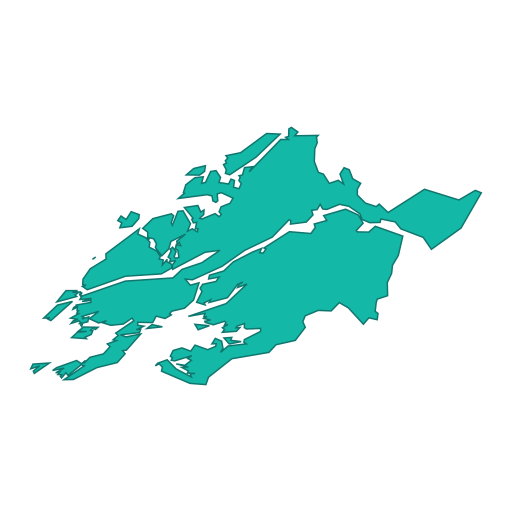 Nærøy nor, Nord-Trøndelag, Norway
{"feature_id": "86288312B32212303283583", "entity_name": "Nærøy nor", "entity_type": "district", "adm_level": 2, "iso_a3": "NOR", "parent_name": "Norway", "parent_adm1": "Nord-Trøndelag", "projection": "mercator", "projection_center": [11.614, 64.899], "detail": "fine", "context": "isolated", "style": "filled", "palette": "teal", "viewbox_px": 512, "rotation_deg": 0, "n_neighbors": 0, "source": "geoboundaries", "source_scale": "gbopen_adm2", "svg_char_len": 6026}
<svg xmlns="http://www.w3.org/2000/svg" viewBox="0 0 512 512"><path d="M365.4,203.1L357.3,195.0L357.4,189.0L360.7,183.3L352.7,178.7L349.2,169.7L344.1,167.7L340.0,174.0L343.6,184.1L338.3,180.3L329.3,183.4L323.4,174.1L318.4,172.4L314.3,161.5L314.8,148.8L317.2,142.7L316.5,137.0L318.1,135.4L294.7,135.8L297.9,132.0L291.4,127.4L288.9,128.9L288.6,136.5L285.6,137.3L288.3,139.5L280.7,139.5L249.2,171.9L252.5,166.7L244.5,167.6L242.5,174.9L239.0,175.7L240.2,177.1L238.9,180.5L241.3,183.6L239.0,188.7L233.5,187.2L234.5,180.5L231.0,179.1L228.6,184.0L219.0,182.5L220.5,177.3L216.0,170.6L210.6,171.5L205.5,182.4L201.6,183.4L203.3,176.8L194.9,177.7L185.8,184.8L183.4,192.6L184.5,193.2L178.3,198.5L207.2,194.7L212.0,195.9L212.9,200.9L215.9,202.4L217.8,200.8L217.2,193.9L221.4,192.7L233.0,198.1L230.0,203.3L221.1,206.8L219.1,211.8L221.3,214.4L219.2,216.7L215.1,213.6L201.9,219.0L199.7,218.3L203.7,214.6L204.0,210.0L200.7,212.0L197.9,205.5L184.4,207.5L193.2,218.4L191.7,219.3L193.4,222.9L196.7,222.3L195.3,228.9L198.0,228.8L197.3,231.8L192.3,228.8L187.5,231.2L190.5,223.7L183.0,210.8L178.0,211.3L172.4,225.2L171.2,222.7L173.7,215.8L171.4,213.8L152.9,218.6L142.7,228.4L147.7,232.1L147.7,237.4L153.7,238.8L156.4,243.8L155.4,247.6L161.8,255.8L168.7,249.0L170.9,241.4L185.5,234.2L176.8,241.1L177.2,244.6L179.3,242.3L180.7,245.7L176.3,244.6L175.4,248.4L177.9,250.7L178.9,257.3L175.2,258.4L174.2,256.5L176.1,251.6L172.6,247.2L170.2,249.2L171.1,251.2L168.1,257.1L170.8,259.1L169.3,262.1L174.9,260.6L175.4,261.2L172.3,264.9L172.7,269.3L205.0,252.3L220.0,250.3L201.9,262.7L182.0,269.4L173.0,277.9L125.3,281.1L82.1,296.0L80.6,295.6L81.8,293.0L80.5,292.2L79.7,294.6L81.3,297.2L79.9,299.5L91.6,298.4L82.0,301.5L90.9,300.4L90.9,302.4L75.5,305.2L77.1,305.5L73.7,307.5L72.9,309.3L77.4,307.2L77.0,310.7L78.4,310.8L76.8,313.1L78.8,313.6L70.6,318.1L78.0,319.4L73.4,320.7L71.1,323.4L79.1,320.9L81.3,323.2L80.2,323.0L78.7,323.7L82.0,323.7L80.8,325.2L81.7,326.6L82.6,323.1L87.8,321.8L88.8,316.9L82.1,319.0L83.7,317.4L82.1,316.4L98.8,311.3L89.4,318.7L98.6,323.0L106.6,320.7L103.0,322.9L110.8,325.3L123.2,324.1L132.1,318.1L133.8,320.8L115.7,333.1L118.3,335.5L113.0,339.8L116.4,340.6L107.3,343.9L110.1,346.6L103.4,353.9L90.0,357.3L83.6,363.6L85.5,360.4L81.5,363.7L76.6,360.5L56.5,367.7L52.6,370.5L64.2,368.1L55.7,372.8L59.8,372.1L57.8,374.5L61.7,374.8L60.4,376.5L61.6,377.9L65.9,372.8L68.0,375.5L81.1,364.8L84.3,365.8L64.0,379.7L73.4,379.5L96.9,367.6L117.2,362.6L125.1,353.8L122.5,350.6L126.4,350.2L140.7,334.0L126.1,336.9L120.4,334.8L139.5,332.6L140.7,329.2L136.3,329.7L143.8,326.2L137.7,325.2L137.7,322.3L152.7,322.6L156.2,316.1L165.0,318.5L171.3,314.9L169.6,313.9L171.7,311.2L184.5,308.2L193.6,300.0L199.0,282.8L190.3,285.2L185.2,279.1L192.4,279.8L222.1,266.3L244.6,250.4L272.3,237.1L289.0,219.8L290.8,220.5L290.5,224.1L306.2,222.1L313.0,214.9L311.6,210.3L317.1,209.6L320.2,204.3L322.7,209.0L326.9,209.4L339.6,204.3L348.9,206.3L360.0,213.9L362.0,219.4L369.8,222.7L380.1,222.4L380.9,219.0L395.2,221.9L400.9,228.9L423.2,237.4L431.4,249.3L461.0,228.1L481.3,192.8L475.3,190.4L458.9,200.0L424.5,189.3L388.1,212.5L379.2,204.1L376.2,206.6L365.4,203.1ZM402.8,236.1L375.3,226.3L368.8,232.1L357.4,231.9L356.2,230.5L363.1,223.3L358.5,215.1L345.6,209.2L323.7,215.6L326.8,220.5L314.2,224.0L315.3,227.4L310.9,233.5L289.4,231.7L263.9,248.0L266.0,248.8L263.3,253.0L259.6,252.8L261.6,248.4L252.6,252.0L233.3,261.9L223.7,271.0L209.5,275.2L208.6,279.0L219.2,277.1L215.9,281.5L202.7,284.3L200.1,288.2L202.0,291.6L196.6,302.3L205.1,304.9L204.1,302.8L210.7,299.7L209.1,302.5L227.5,297.7L237.5,284.5L242.8,282.0L239.2,284.2L237.6,287.5L247.0,284.0L226.2,303.6L188.3,316.4L205.1,313.4L203.8,316.8L207.0,316.6L203.8,318.5L210.7,320.0L204.8,321.3L205.3,322.4L213.3,324.8L224.5,321.3L225.9,322.5L224.5,325.1L228.0,324.5L222.4,327.7L224.5,329.5L222.4,332.3L236.4,331.3L240.0,327.5L236.0,327.8L237.0,326.1L244.5,323.6L244.3,327.6L246.4,329.0L260.6,328.4L260.6,331.4L244.4,339.6L243.9,342.3L246.3,343.9L228.1,346.0L220.5,352.4L223.0,348.3L221.6,341.1L215.3,338.4L211.9,343.9L216.2,343.7L215.7,346.3L207.7,349.7L195.0,345.1L190.7,351.2L182.0,347.9L173.1,350.5L170.3,356.3L172.5,357.7L171.2,360.2L174.7,360.9L191.8,355.6L187.6,358.5L191.4,360.3L184.8,365.3L176.2,363.9L188.4,367.0L181.7,367.4L188.3,370.8L187.4,373.1L195.2,373.5L190.1,373.6L191.4,377.0L176.2,369.0L167.2,359.8L157.7,363.2L155.4,365.8L159.1,363.8L162.4,367.0L161.5,371.2L190.0,383.4L205.9,384.6L208.5,377.2L231.9,358.7L268.9,352.4L276.1,344.7L295.3,340.4L305.3,327.3L302.8,321.8L305.2,315.8L318.2,310.4L331.2,310.9L339.3,302.6L348.3,307.8L363.4,324.2L368.9,317.8L377.2,319.7L378.0,313.4L375.2,311.4L376.2,302.5L377.3,299.1L387.6,295.7L387.3,282.6L391.6,273.4L392.5,265.2L398.3,255.5L402.8,236.1ZM139.3,228.8L105.9,253.8L106.1,259.0L90.2,268.8L83.0,279.2L82.7,284.6L86.0,285.3L82.4,286.4L87.3,289.7L125.6,276.2L161.3,273.9L171.6,268.1L172.0,264.5L166.6,261.6L167.2,259.3L162.4,264.9L163.2,259.9L159.1,259.0L160.3,256.4L156.6,250.9L149.2,247.2L149.9,242.2L147.3,239.3L149.5,239.4L137.7,234.0L139.3,228.8ZM266.6,133.5L240.6,152.7L225.9,155.7L227.8,158.0L225.3,160.8L226.5,163.1L223.5,164.5L226.3,169.8L225.4,173.4L229.7,174.8L256.1,157.1L280.1,134.1L266.6,133.5ZM139.2,214.6L131.2,211.7L126.2,219.5L121.0,216.0L117.8,220.6L121.8,222.8L119.8,227.8L132.1,226.3L138.8,218.6L139.2,214.6ZM72.5,301.4L57.4,305.1L43.7,318.1L50.0,317.6L47.6,318.9L50.8,320.6L72.5,301.4ZM83.6,327.0L78.3,331.2L86.7,331.5L77.3,332.4L71.6,337.6L86.4,338.7L85.0,337.2L91.2,334.5L92.8,330.6L90.6,330.4L92.5,328.4L95.4,329.5L98.0,327.3L83.6,327.0ZM77.5,290.6L66.0,290.6L56.8,301.9L76.7,296.5L75.1,295.0L79.1,292.0L72.5,292.4L77.5,290.6ZM205.4,165.7L193.7,168.5L186.3,174.9L199.5,175.1L204.6,171.4L205.4,165.7ZM49.4,363.0L33.0,364.1L30.7,368.8L39.7,365.9L33.3,371.1L34.3,373.4L49.4,363.0ZM231.8,337.4L224.0,338.0L229.3,344.0L241.2,341.6L230.6,340.3L231.8,337.4ZM209.4,325.7L194.9,324.3L198.2,329.8L209.4,325.7ZM162.4,326.8L152.0,324.6L147.0,328.5L162.4,326.8ZM92.4,259.3L93.5,258.7L95.7,257.0L92.4,259.3Z" fill="#14b8a6" stroke="#0f766e" stroke-width="1.5"/></svg>